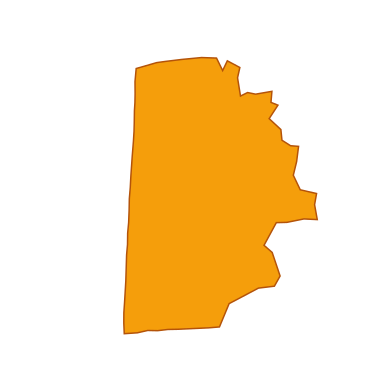 Xangri-lá, Rio Grande do Sul, Brazil, rotated 158°
{"feature_id": "56859067B41490189665798", "entity_name": "Xangri-lá", "entity_type": "district", "adm_level": 2, "iso_a3": "BRA", "parent_name": "Brazil", "parent_adm1": "Rio Grande do Sul", "projection": "albers", "projection_center": [-50.07, -29.81], "detail": "fine", "context": "isolated", "style": "filled", "palette": "amber", "viewbox_px": 384, "rotation_deg": 158, "n_neighbors": 0, "source": "geoboundaries", "source_scale": "gbopen_adm2", "svg_char_len": 945}
<svg xmlns="http://www.w3.org/2000/svg" viewBox="0 0 384 384"><g transform="rotate(158 192 192)"><path d="M217.1,56.6L199.4,74.6L166.4,78.0L150.9,73.8L141.8,81.1L140.3,105.9L145.2,115.6L125.3,132.0L115.4,128.3L98.3,125.1L86.2,119.5L83.1,134.3L77.1,143.9L90.8,153.5L91.8,169.6L83.6,181.0L76.1,194.4L83.3,198.0L89.2,206.3L86.2,216.6L93.0,231.1L79.8,240.3L85.2,245.5L80.2,255.4L96.4,258.9L103.2,263.4L111.1,262.8L107.0,280.8L101.0,289.5L110.1,300.4L118.1,293.1L119.1,307.0L132.8,313.1L151.7,318.7L168.0,323.1L176.3,325.2L197.5,327.4L203.5,315.7L208.0,304.3L211.5,296.1L214.9,289.0L219.7,277.6L223.1,269.8L227.4,260.8L234.0,247.6L242.7,229.7L247.5,219.4L252.6,209.3L257.2,198.5L262.2,187.4L267.1,177.9L271.5,167.4L276.2,158.2L282.3,144.3L286.7,134.3L292.0,123.1L295.8,115.1L300.4,105.6L304.3,96.1L307.9,86.0L295.4,81.9L284.9,80.2L275.8,76.3L265.9,73.6L256.2,69.9L227.4,59.8L217.1,56.6Z" fill="#f59e0b" stroke="#b45309" stroke-width="1.5"/></g></svg>